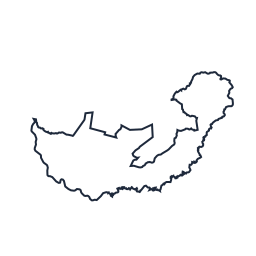 the district of Jussara, Goiás, Brazil, rotated 288°
{"feature_id": "56859067B37096608449564", "entity_name": "Jussara", "entity_type": "district", "adm_level": 2, "iso_a3": "BRA", "parent_name": "Brazil", "parent_adm1": "Goiás", "projection": "mercator", "projection_center": [-51.315, -15.527], "detail": "fine", "context": "isolated", "style": "outline", "palette": "slate", "viewbox_px": 256, "rotation_deg": 288, "n_neighbors": 0, "source": "geoboundaries", "source_scale": "gbopen_adm2", "svg_char_len": 5873}
<svg xmlns="http://www.w3.org/2000/svg" viewBox="0 0 256 256"><g transform="rotate(288 128 128)"><path d="M49.8,120.5L54.7,123.2L58.4,124.5L60.0,126.8L60.3,127.4L60.4,128.7L60.7,129.3L60.0,129.4L60.4,129.9L60.0,130.5L59.8,131.5L59.1,132.0L59.1,132.7L58.2,132.8L57.9,134.0L59.6,133.4L59.0,134.3L59.6,134.6L60.9,134.1L60.9,134.6L61.3,135.5L62.6,136.2L63.6,138.1L64.3,138.5L65.2,138.3L67.1,136.6L68.3,138.0L67.7,138.7L67.6,139.3L68.2,139.8L68.2,141.7L68.9,141.9L68.8,140.9L69.5,140.3L70.0,140.8L70.6,142.8L69.7,143.5L69.6,144.3L70.1,144.9L69.5,145.6L69.8,146.8L71.1,147.4L71.0,148.1L70.2,149.0L72.9,149.8L72.8,150.3L72.1,151.0L71.9,151.6L71.8,152.9L72.4,154.2L73.5,154.9L73.0,155.4L72.3,154.7L71.7,154.5L71.7,155.3L70.7,155.8L70.4,156.4L70.8,157.0L70.7,158.9L71.6,159.3L72.3,159.0L73.2,159.8L77.8,161.5L78.7,162.9L77.6,165.1L77.6,165.8L78.0,166.8L77.7,167.3L76.9,167.8L75.7,167.6L76.2,168.2L77.2,168.5L77.1,169.9L76.4,170.5L76.3,171.2L76.5,171.7L77.3,172.5L77.8,172.1L77.3,171.3L78.0,171.3L78.5,170.8L78.7,171.3L79.2,171.4L79.9,172.8L79.2,172.8L78.1,173.5L77.9,174.2L78.6,175.1L78.1,175.7L78.3,176.8L78.0,177.8L78.7,177.4L79.5,177.9L83.6,177.6L84.8,178.7L86.0,178.9L86.4,179.4L86.0,180.0L87.5,180.3L88.6,181.4L89.7,185.1L91.9,185.1L93.1,184.8L93.5,184.0L94.0,183.9L93.8,184.5L94.3,184.8L94.8,184.0L95.5,184.2L95.2,185.0L96.0,185.3L96.6,185.9L95.9,186.3L95.8,187.5L94.8,188.6L95.2,189.5L96.3,189.2L96.8,189.5L96.0,189.9L96.2,190.4L97.1,190.4L97.6,190.7L98.4,191.7L99.3,192.2L99.3,193.0L100.2,193.0L100.4,193.5L99.8,193.8L99.7,194.3L100.2,194.6L100.6,194.1L101.2,194.2L100.9,194.8L101.2,195.2L101.9,194.5L102.5,194.9L102.4,195.6L102.9,196.0L102.6,197.2L103.8,197.5L104.5,199.2L105.0,199.7L107.3,200.4L107.9,200.0L109.4,198.5L112.1,198.0L112.5,199.4L113.3,199.8L114.4,199.7L115.0,200.5L115.5,200.0L115.6,201.1L115.3,201.6L115.4,202.1L116.4,201.7L116.2,202.8L116.4,203.4L117.4,203.8L118.3,203.2L120.2,203.9L122.3,206.1L123.0,206.5L124.4,205.3L124.4,204.6L125.1,204.3L127.2,202.0L128.4,201.3L128.9,201.7L129.5,201.1L130.5,200.7L130.8,201.4L131.5,201.2L132.3,201.7L132.6,203.5L133.6,204.6L134.9,204.8L136.1,204.4L136.4,203.8L137.8,202.9L138.6,203.3L140.0,203.3L140.6,203.5L140.4,204.0L141.0,203.9L141.4,203.6L141.8,202.8L142.3,202.6L142.8,202.8L142.9,203.5L143.8,204.3L144.5,204.0L145.7,205.1L147.7,204.3L148.6,204.3L150.6,205.8L151.5,205.4L152.4,205.6L152.9,206.1L153.2,207.2L154.4,207.3L154.7,206.7L156.5,205.5L157.3,205.8L157.7,206.7L159.2,207.0L162.3,209.1L163.4,211.1L164.6,211.3L166.0,213.2L166.7,213.6L166.6,214.1L167.3,214.5L168.0,214.4L168.8,215.7L170.3,216.1L171.2,215.4L171.8,214.3L173.1,213.8L173.8,214.1L175.4,213.8L175.7,214.5L178.2,214.8L179.7,216.7L180.7,219.6L181.1,220.0L182.5,220.5L184.0,220.1L187.4,218.6L188.1,216.7L187.8,215.8L187.9,214.9L189.4,213.0L192.8,213.5L194.5,212.7L195.0,212.8L196.9,213.4L198.1,214.7L199.2,215.0L200.8,213.4L202.7,210.3L204.3,210.3L204.7,209.8L204.5,207.5L205.1,205.4L204.6,203.3L202.9,201.6L202.9,200.9L203.5,200.7L204.4,201.1L206.2,200.4L206.5,199.6L206.2,198.6L206.3,197.3L207.0,195.8L207.8,194.7L208.0,193.7L207.7,192.5L206.9,191.5L206.0,189.0L205.3,188.8L204.5,187.7L204.3,186.8L204.9,184.2L203.9,182.5L203.8,180.9L203.5,180.4L203.0,179.8L201.8,179.5L201.2,177.1L198.9,175.0L196.7,174.1L194.5,174.2L191.5,173.7L190.5,174.0L189.6,173.0L188.7,173.6L188.0,173.2L187.0,173.1L186.4,171.5L185.8,171.1L183.2,171.0L182.3,170.1L182.5,168.4L181.0,166.8L180.3,167.0L180.6,166.2L177.9,164.5L177.2,163.7L177.5,162.9L175.2,161.9L172.2,161.4L171.1,161.9L170.4,161.9L169.5,161.6L168.6,160.6L168.1,160.8L169.7,163.8L169.8,165.2L169.1,165.5L167.5,170.1L167.2,171.9L162.7,173.7L162.5,174.5L160.2,175.9L160.5,176.7L159.6,178.2L159.6,179.0L159.1,179.9L158.5,180.2L158.9,181.1L158.3,183.5L158.6,184.3L159.4,185.0L159.7,187.5L159.7,188.1L158.4,190.0L158.7,190.5L156.0,190.7L147.8,194.8L146.0,191.9L146.7,191.4L146.4,190.5L146.5,189.1L147.1,188.2L145.7,187.2L145.5,186.6L145.8,185.1L145.2,183.1L144.3,182.7L141.6,179.3L141.2,176.9L141.4,175.6L139.2,176.1L137.4,175.9L136.0,176.7L133.5,176.5L132.6,175.5L132.0,175.5L129.7,176.1L128.5,176.9L127.5,177.1L126.6,177.0L124.5,175.4L120.2,173.3L118.7,172.2L114.6,168.6L112.9,167.4L111.9,165.3L110.4,164.1L107.4,162.8L104.1,163.1L103.1,162.5L102.4,161.5L102.4,159.1L101.9,158.5L101.8,157.7L99.6,155.7L98.9,155.8L97.6,155.3L96.6,154.1L95.3,153.6L94.4,152.2L94.0,150.5L93.9,145.3L92.7,142.3L98.7,143.1L99.9,144.2L100.5,145.8L102.9,146.8L102.3,145.6L102.7,144.3L102.9,142.6L103.4,141.5L105.0,140.3L109.0,142.0L112.3,144.6L113.8,145.0L127.0,154.3L138.7,149.8L131.0,141.5L126.8,130.4L128.5,121.0L127.0,121.5L124.4,121.1L123.4,120.1L118.4,118.0L117.6,118.5L116.9,118.5L115.3,119.8L114.6,107.7L116.9,107.6L116.1,92.2L131.9,89.5L128.9,83.0L122.7,84.0L121.9,83.9L103.7,78.2L103.4,77.8L103.5,77.2L103.1,73.1L102.7,71.5L103.7,67.2L103.2,66.0L102.7,65.6L102.4,63.8L101.0,62.6L100.7,61.7L100.9,61.1L99.9,59.4L99.6,57.5L99.0,56.9L99.4,56.6L98.7,56.1L99.0,55.4L98.7,54.9L99.1,53.9L99.0,53.3L99.6,53.0L99.1,52.3L99.1,50.9L99.5,49.4L100.3,47.9L101.1,47.8L101.3,46.6L100.8,45.7L100.7,45.1L101.2,44.1L100.9,43.0L101.2,42.2L102.0,41.7L103.0,40.6L104.7,39.9L105.2,39.0L107.8,37.8L107.5,35.5L106.2,36.9L105.1,37.4L104.2,37.4L102.6,36.6L100.1,36.1L95.8,36.9L95.0,37.5L92.9,41.6L89.8,44.0L88.8,44.4L86.2,44.5L83.8,45.6L80.2,45.5L78.8,45.9L77.7,47.0L75.6,52.9L75.1,53.6L72.8,54.5L69.4,58.0L68.9,58.8L67.8,62.2L67.3,62.8L65.5,64.0L62.6,64.4L59.0,65.7L58.3,66.0L57.8,66.8L57.7,67.6L58.1,68.7L57.9,71.2L55.0,76.2L54.4,79.0L54.9,80.2L55.4,80.3L57.3,80.0L58.1,80.2L58.7,80.7L58.8,82.0L57.9,83.4L53.0,86.4L51.6,90.1L51.1,93.0L51.7,96.1L52.4,97.1L54.2,98.3L54.7,101.0L54.2,102.2L52.4,103.3L51.6,104.3L50.1,107.3L50.2,108.5L51.1,110.4L51.0,111.2L50.5,112.4L48.8,113.9L48.0,115.9L48.3,116.9L49.5,118.5L49.8,120.5ZM102.5,194.9L102.3,194.1L102.6,193.6L103.4,193.5L103.4,194.4L102.5,194.9Z" fill="none" stroke="#1e293b" stroke-width="2"/></g></svg>